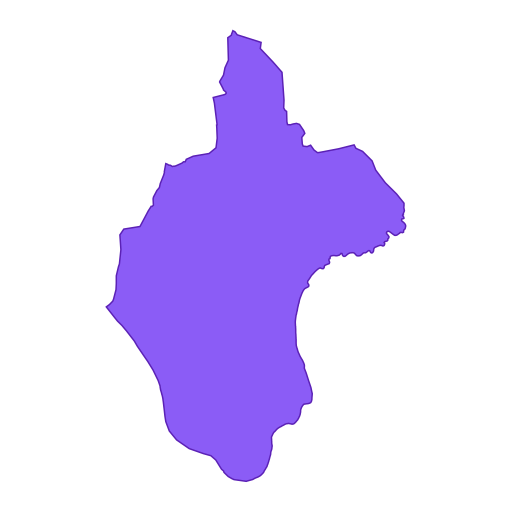 the district of Bani Sa'd, Al Mahwit, Yemen
{"feature_id": "15242507B10684657615911", "entity_name": "Bani Sa'd", "entity_type": "district", "adm_level": 2, "iso_a3": "YEM", "parent_name": "Yemen", "parent_adm1": "Al Mahwit", "projection": "mercator", "projection_center": [43.545, 15.235], "detail": "fine", "context": "isolated", "style": "filled", "palette": "violet", "viewbox_px": 512, "rotation_deg": 0, "n_neighbors": 0, "source": "geoboundaries", "source_scale": "gbopen_adm2", "svg_char_len": 6047}
<svg xmlns="http://www.w3.org/2000/svg" viewBox="0 0 512 512"><path d="M252.7,479.5L254.8,478.3L255.9,477.8L257.0,477.4L258.2,476.9L259.2,476.3L260.0,475.9L260.2,475.7L261.1,475.0L262.0,474.1L262.9,473.2L263.7,472.2L264.1,471.2L264.8,470.0L265.4,469.1L266.0,468.0L266.6,467.1L267.1,466.1L267.4,465.0L267.9,463.9L268.2,462.8L268.6,461.7L268.9,460.5L269.3,459.3L269.6,458.1L269.8,457.3L269.9,456.8L270.3,455.6L270.6,454.5L270.7,453.4L270.8,452.1L271.1,451.0L271.5,450.0L271.8,448.9L271.9,447.7L272.1,446.5L272.1,445.3L271.8,444.1L271.7,442.7L271.7,441.6L271.6,440.5L271.6,439.3L271.5,438.2L271.5,437.0L272.0,435.9L272.6,434.6L273.1,433.5L273.8,432.4L274.2,432.0L274.3,431.9L274.8,431.5L275.6,430.6L276.4,429.7L277.3,428.8L278.2,428.1L279.1,427.5L279.5,427.3L280.0,427.0L281.1,426.5L282.0,425.9L283.0,425.4L284.0,424.9L284.9,424.3L286.0,423.9L286.6,423.7L287.8,423.6L288.3,423.4L288.9,423.5L289.5,423.6L290.6,423.8L291.7,424.1L292.8,424.1L293.8,423.8L294.8,423.0L295.9,421.9L296.7,420.9L297.7,419.8L298.2,418.8L298.7,418.0L298.9,417.4L299.5,416.3L299.9,415.1L300.2,414.1L300.4,413.0L300.6,411.9L300.6,410.6L300.8,409.4L301.3,408.0L301.8,406.9L302.5,405.8L303.2,404.9L303.7,404.4L304.1,404.1L304.6,404.1L305.2,404.0L306.3,403.8L307.5,403.7L308.6,403.5L309.8,403.1L310.7,402.6L311.2,401.8L311.4,401.4L311.7,400.3L311.9,399.2L311.9,398.0L312.0,396.9L312.1,395.6L312.2,394.4L312.2,393.3L311.9,392.3L310.9,387.5L308.5,380.4L307.4,376.9L306.2,373.1L304.3,368.2L304.4,366.7L304.4,365.1L304.1,364.1L303.7,363.0L303.0,361.5L302.7,360.8L302.5,360.4L301.8,359.2L301.1,358.2L301.0,357.8L300.6,357.2L300.0,356.1L299.5,355.0L299.3,354.5L299.0,353.8L298.4,352.6L298.0,351.5L297.6,350.3L297.3,349.0L296.9,347.9L296.6,346.8L296.3,345.7L296.2,344.5L296.1,343.3L296.1,341.9L296.1,341.7L296.1,340.7L296.1,339.5L296.0,338.3L296.0,337.2L295.9,336.1L295.9,335.0L295.8,333.9L295.7,332.7L295.7,331.4L295.7,330.3L295.7,329.1L295.6,327.7L295.6,326.6L295.4,325.3L295.4,324.2L295.3,323.1L295.3,321.8L295.4,320.4L295.6,318.9L295.7,317.8L295.9,316.6L296.0,315.5L296.4,314.3L296.6,313.2L296.8,312.0L297.2,310.7L297.4,309.4L297.6,308.1L297.9,306.8L298.2,305.6L298.4,304.6L298.4,304.3L298.9,303.0L299.2,301.5L299.4,300.4L299.7,299.3L300.2,297.8L300.7,296.5L301.2,295.2L301.6,294.1L302.1,292.9L302.6,291.9L302.7,291.6L303.4,290.4L304.0,289.5L304.8,288.6L305.4,288.3L305.9,288.0L306.9,287.5L307.9,287.0L308.7,286.3L308.9,285.1L308.4,284.1L307.7,283.2L307.6,282.1L307.8,280.9L308.6,279.9L309.3,278.9L309.9,278.0L310.7,276.7L311.4,275.6L312.1,274.8L312.9,274.0L313.8,273.0L314.5,272.2L315.5,271.2L316.4,270.4L317.3,269.6L318.2,268.9L319.1,268.3L320.2,267.9L321.2,268.4L322.3,268.7L323.4,268.6L324.1,267.7L324.3,266.6L324.7,265.5L325.9,264.9L327.1,264.4L328.2,264.0L329.2,263.6L329.6,262.5L329.4,261.4L328.9,260.4L328.9,259.2L330.0,258.6L330.1,257.4L330.2,257.1L330.4,256.4L331.4,255.8L332.6,255.6L333.7,255.5L334.9,255.6L335.5,255.7L336.1,255.8L337.2,255.7L338.3,255.4L339.3,255.1L340.2,254.3L340.9,253.4L342.0,253.5L342.3,254.8L342.9,255.8L343.8,256.4L345.0,256.3L346.4,255.3L347.2,254.5L348.2,253.8L349.1,253.3L349.9,253.0L350.2,252.9L351.5,252.8L351.7,252.7L352.6,252.7L353.7,252.8L354.7,253.5L355.4,254.3L356.1,255.1L357.0,255.8L358.2,255.9L359.4,255.8L360.5,255.5L361.6,254.6L362.5,253.8L363.3,253.0L364.4,252.8L365.5,252.8L366.7,252.1L367.6,251.3L368.6,250.6L369.7,250.7L370.2,251.7L370.8,252.6L371.9,253.0L372.8,252.4L373.5,251.2L373.7,249.9L373.8,248.8L374.5,247.7L375.4,247.1L376.6,246.7L377.6,246.2L379.7,245.4L380.0,245.4L380.8,245.3L381.9,245.6L383.0,246.0L384.1,245.5L384.6,244.4L384.7,243.3L384.1,242.4L384.8,241.6L386.0,241.3L387.1,241.0L387.8,240.2L387.8,239.0L388.8,237.9L389.0,236.8L388.4,235.8L387.7,234.8L386.9,234.0L386.4,233.0L386.8,231.9L387.8,231.3L388.9,231.3L389.9,231.9L390.9,232.6L391.8,233.3L392.7,234.0L393.6,234.6L394.5,235.3L395.1,235.3L395.6,235.4L396.8,235.1L397.8,234.5L398.6,233.8L399.2,233.5L399.3,233.4L399.6,233.3L400.2,232.4L401.3,232.4L402.4,232.7L403.5,232.2L403.6,231.0L403.9,229.9L404.8,229.2L405.3,228.2L405.5,227.0L405.6,226.8L405.7,225.8L405.4,224.7L404.8,223.7L404.0,222.8L403.1,222.0L402.1,221.3L401.5,220.1L401.8,219.0L402.2,218.9L402.9,218.8L403.9,218.4L403.8,217.2L403.2,216.4L402.6,215.3L403.2,214.9L402.9,214.7L404.4,210.8L403.8,207.4L404.0,205.6L404.0,204.9L404.0,203.2L396.6,194.0L385.3,182.8L375.7,170.1L372.1,160.9L362.6,151.4L355.9,148.3L354.1,144.9L338.6,148.8L326.0,151.2L322.9,151.8L318.4,152.6L317.4,152.6L314.0,150.0L310.6,145.2L307.1,146.6L303.1,146.1L302.3,143.9L301.8,137.4L304.8,133.4L303.7,130.6L299.5,124.4L296.5,123.4L293.0,124.0L290.4,124.8L287.5,124.6L286.9,121.8L286.6,111.4L284.9,110.2L284.7,109.7L284.4,109.2L283.7,108.0L284.0,100.1L282.0,72.3L272.7,61.7L260.3,48.6L261.1,42.4L237.2,34.8L234.9,31.7L233.2,30.9L232.9,30.7L231.5,34.3L231.4,35.2L227.8,37.7L228.4,60.2L225.0,67.7L223.5,75.1L219.9,81.1L219.7,81.6L219.6,82.0L223.3,89.1L223.5,90.0L225.7,91.9L226.1,92.5L226.1,93.5L225.2,94.3L223.8,94.8L213.2,97.5L214.4,103.1L217.1,124.8L216.6,125.0L216.8,128.0L217.2,138.2L216.4,144.7L216.0,147.8L209.1,153.5L193.2,156.2L186.3,159.3L185.2,161.8L183.5,161.8L182.0,163.1L177.1,165.3L174.7,166.3L174.2,166.1L172.3,166.5L170.5,165.3L168.4,165.0L167.8,164.4L165.8,163.6L164.3,171.7L164.4,172.5L163.7,175.0L160.3,183.5L159.4,187.5L156.9,190.5L153.5,197.0L153.1,198.8L153.4,205.2L152.2,206.4L151.2,206.3L148.6,210.4L148.5,210.5L140.0,226.5L123.8,229.1L119.9,234.9L120.9,249.7L119.4,264.0L118.5,266.6L116.3,275.8L116.3,281.2L116.3,283.6L116.0,289.7L113.6,299.0L112.8,301.1L109.5,304.5L106.3,306.9L115.1,318.1L117.6,321.2L121.9,325.4L125.8,330.1L126.1,330.4L134.3,341.0L137.4,346.3L143.8,355.7L147.8,361.5L153.1,370.1L158.2,380.6L160.1,386.1L160.1,386.9L160.6,389.9L161.4,392.5L161.5,392.9L161.8,394.2L162.3,395.8L162.9,398.7L163.1,400.5L163.3,401.7L164.2,409.4L165.0,416.5L165.8,421.6L169.3,431.0L176.6,439.9L189.2,448.6L203.4,453.6L210.9,455.7L215.8,460.0L221.5,469.2L223.6,471.0L224.0,472.4L228.2,476.5L232.0,478.7L234.0,479.6L246.2,481.3L249.4,480.4L252.7,479.5Z" fill="#8b5cf6" stroke="#5b21b6" stroke-width="1.5"/></svg>